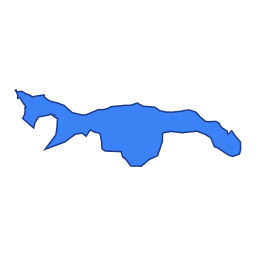 Oyigbo, Rivers, Nigeria
{"feature_id": "59680162B52775693188226", "entity_name": "Oyigbo", "entity_type": "district", "adm_level": 2, "iso_a3": "NGA", "parent_name": "Nigeria", "parent_adm1": "Rivers", "projection": "mercator", "projection_center": [7.218, 4.833], "detail": "fine", "context": "isolated", "style": "filled", "palette": "blue", "viewbox_px": 256, "rotation_deg": 0, "n_neighbors": 0, "source": "geoboundaries", "source_scale": "gbopen_adm2", "svg_char_len": 2815}
<svg xmlns="http://www.w3.org/2000/svg" viewBox="0 0 256 256"><path d="M141.3,166.2L141.7,165.8L145.2,162.9L149.2,159.5L152.5,158.0L157.5,155.7L162.3,141.8L162.6,133.4L164.5,132.4L169.1,131.9L169.9,131.3L183.1,132.8L184.1,132.3L184.5,132.4L197.0,131.2L202.2,133.2L204.7,134.1L210.8,137.7L214.4,146.7L217.2,147.6L226.8,153.9L229.6,155.6L232.8,156.4L239.4,154.0L240.6,149.8L240.5,142.1L234.7,135.3L233.4,133.2L231.7,130.8L231.3,131.0L230.7,131.9L229.8,132.8L228.2,134.3L227.4,132.7L227.2,131.1L222.7,128.2L220.6,126.3L220.5,126.2L219.0,123.2L216.1,121.5L213.0,121.5L210.2,121.7L205.6,121.5L200.1,116.9L196.2,112.3L189.3,110.0L187.0,110.2L184.1,110.5L183.2,110.7L181.6,111.2L172.0,112.2L166.2,112.1L164.5,111.7L160.0,110.8L159.0,110.1L154.9,107.2L150.0,106.8L148.7,106.6L145.1,106.4L143.2,106.4L140.7,104.9L137.3,103.0L130.9,105.2L129.6,105.3L123.9,105.4L123.4,105.5L117.6,106.1L116.7,106.1L111.3,106.6L107.2,108.7L106.2,108.9L103.7,109.6L98.2,109.7L86.1,114.8L82.6,115.1L72.3,112.7L66.7,107.8L64.1,105.4L60.6,104.3L58.8,103.2L53.9,102.1L52.2,101.7L50.6,101.2L49.2,100.8L45.8,98.3L44.5,97.3L44.0,94.3L43.8,95.2L43.2,95.4L42.6,95.3L42.1,95.3L41.4,95.4L40.9,95.4L40.3,95.5L39.6,95.6L38.8,95.7L38.5,95.7L36.1,96.1L34.8,96.4L32.9,96.7L32.7,96.8L32.3,97.3L31.9,96.9L31.4,96.3L31.0,95.9L30.8,95.7L30.5,95.4L30.0,95.2L29.5,95.1L28.9,94.8L28.4,94.6L27.9,94.5L27.4,94.4L26.9,94.2L26.6,94.0L25.3,93.4L24.8,93.0L24.4,92.9L24.0,92.6L23.4,92.3L23.0,92.1L22.6,91.9L22.2,91.6L21.8,91.4L21.5,91.3L21.4,91.3L21.1,91.3L19.5,91.6L18.1,91.8L17.4,91.9L17.2,91.8L17.2,91.6L16.9,91.5L16.7,91.4L16.4,91.1L16.3,90.7L16.1,90.2L16.0,89.8L15.9,89.8L15.5,90.3L15.4,90.8L15.7,90.9L16.0,91.1L16.1,91.4L16.6,92.2L16.9,92.9L17.1,93.4L17.3,93.8L17.4,94.1L17.5,94.4L17.6,94.8L17.6,95.4L17.6,96.6L17.7,98.2L18.1,98.1L20.0,97.6L20.5,98.5L20.8,99.2L20.9,99.5L21.4,100.4L22.3,101.6L22.5,102.0L24.7,105.1L25.4,106.1L26.0,107.0L24.9,107.7L25.0,107.8L25.0,108.1L25.0,108.5L25.0,109.1L25.1,109.7L25.1,110.1L25.1,110.8L25.1,111.4L25.1,111.7L25.0,112.3L24.9,113.0L24.8,113.5L24.7,114.3L24.5,114.7L24.2,115.3L23.8,116.2L23.6,116.7L22.6,118.4L29.1,124.0L33.7,128.0L34.8,122.9L37.2,119.1L37.7,118.3L38.1,117.0L43.6,116.0L46.0,115.5L48.3,115.1L48.9,115.0L49.2,114.9L49.6,114.8L49.9,114.6L50.3,114.3L50.6,114.0L50.8,113.8L51.6,114.6L52.1,115.1L52.3,115.3L52.7,115.4L53.0,115.4L53.6,115.3L54.5,115.1L54.4,115.4L54.2,115.9L53.8,116.5L54.2,116.7L54.9,117.1L55.2,117.3L55.9,117.7L56.5,118.0L57.3,118.5L57.6,118.6L57.4,119.6L57.0,127.0L56.4,131.9L55.8,135.0L45.1,149.3L64.7,142.0L75.5,134.1L82.0,133.1L86.1,136.2L90.1,130.0L90.2,129.9L93.8,131.8L98.2,133.0L100.1,133.8L101.5,141.2L102.0,147.7L102.1,148.8L103.0,149.6L105.2,151.0L121.2,151.6L122.6,156.8L126.1,159.7L130.7,165.9L130.9,166.0L139.5,166.1L141.3,166.2Z" fill="#3b82f6" stroke="#1e3a8a" stroke-width="1.5"/></svg>